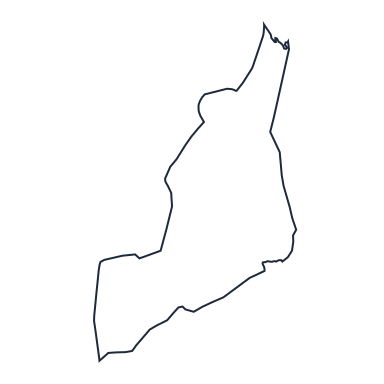 the district of Baruten, Kwara, Nigeria, rotated 356°
{"feature_id": "59680162B46396512293260", "entity_name": "Baruten", "entity_type": "district", "adm_level": 2, "iso_a3": "NGA", "parent_name": "Nigeria", "parent_adm1": "Kwara", "projection": "orthographic", "projection_center": [3.396, 9.366], "detail": "fine", "context": "isolated", "style": "outline", "palette": "slate", "viewbox_px": 384, "rotation_deg": 356, "n_neighbors": 0, "source": "geoboundaries", "source_scale": "gbopen_adm2", "svg_char_len": 1820}
<svg xmlns="http://www.w3.org/2000/svg" viewBox="0 0 384 384"><g transform="rotate(356 192 192)"><path d="M87.9,353.9L93.8,349.4L97.3,346.7L99.1,346.7L105.0,346.7L114.6,347.1L121.2,346.4L123.4,343.8L125.6,341.1L126.7,340.0L138.4,328.2L140.2,326.3L147.7,322.6L158.3,318.2L163.9,312.5L170.4,306.2L174.5,305.6L177.3,308.7L185.4,311.6L194.4,307.2L194.9,307.0L205.9,302.8L215.9,299.3L221.6,295.7L222.2,295.3L243.5,281.7L258.8,275.8L259.0,274.5L258.7,271.8L257.6,269.2L257.4,267.9L257.9,267.1L260.4,267.1L262.3,266.3L266.5,267.2L269.7,266.7L271.0,267.3L273.7,266.1L276.4,266.3L277.3,267.7L283.1,263.7L286.2,259.5L287.7,257.4L288.3,254.5L289.5,249.2L289.6,248.0L289.8,242.3L293.3,236.9L290.2,225.1L288.4,213.8L283.8,192.3L282.7,181.6L282.3,158.4L274.2,137.5L278.7,123.8L282.8,110.1L298.7,56.4L298.3,48.6L297.8,49.4L295.8,49.4L295.0,51.5L295.8,52.8L296.6,54.3L296.6,55.2L295.7,55.8L293.9,55.3L293.4,53.8L293.2,52.5L292.2,51.2L291.3,50.1L290.4,49.2L288.9,48.2L288.1,46.4L287.5,44.9L285.9,44.2L285.7,45.8L286.1,46.8L286.2,48.2L285.0,48.2L281.9,43.9L281.7,41.3L281.3,40.0L280.7,38.9L275.6,30.1L275.6,31.2L274.7,37.6L273.9,41.0L270.4,49.4L270.4,49.5L261.9,69.9L261.1,71.7L260.5,72.8L259.9,73.7L250.3,86.7L243.6,94.1L242.7,94.1L240.9,93.0L238.9,92.2L235.2,91.6L233.8,91.5L232.7,91.7L211.5,95.5L208.8,98.2L206.4,101.6L204.9,104.9L204.4,107.0L204.5,108.5L204.3,109.5L204.4,112.2L205.6,116.5L208.8,123.0L202.3,129.3L195.2,136.7L188.9,144.5L187.1,146.9L178.9,158.2L172.1,165.3L166.1,176.7L166.1,179.1L166.8,181.2L168.2,183.9L169.8,187.9L171.0,190.9L171.2,192.1L171.1,197.5L171.1,205.0L163.8,227.6L156.6,248.4L138.4,253.6L134.9,254.5L130.9,250.3L118.2,250.7L99.8,253.6L95.9,255.3L94.8,257.9L93.5,263.5L91.4,275.8L90.0,283.8L85.8,308.8L85.3,313.9L86.1,324.4L87.9,352.5L87.9,353.9Z" fill="none" stroke="#1e293b" stroke-width="2"/></g></svg>